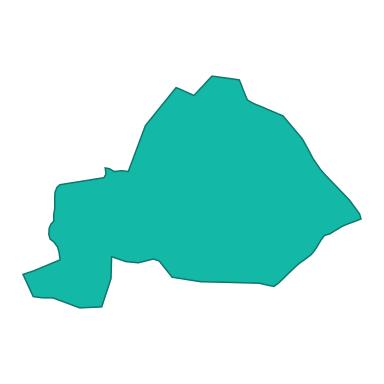 outline of Aroeiras do Itaim, Piauí, Brazil
{"feature_id": "56859067B23103915358992", "entity_name": "Aroeiras do Itaim", "entity_type": "district", "adm_level": 2, "iso_a3": "BRA", "parent_name": "Brazil", "parent_adm1": "Piauí", "projection": "robinson", "projection_center": [-41.534, -7.243], "detail": "fine", "context": "isolated", "style": "filled", "palette": "teal", "viewbox_px": 384, "rotation_deg": 0, "n_neighbors": 0, "source": "geoboundaries", "source_scale": "gbopen_adm2", "svg_char_len": 1306}
<svg xmlns="http://www.w3.org/2000/svg" viewBox="0 0 384 384"><path d="M282.9,115.8L278.0,113.8L266.4,108.9L262.2,107.0L255.9,104.5L252.2,102.8L247.4,100.0L245.7,96.1L243.3,90.2L241.9,86.3L239.3,79.9L232.0,78.8L223.9,77.7L212.0,76.1L206.7,81.7L203.4,85.5L200.2,88.7L194.0,95.5L181.2,89.7L176.1,87.6L169.5,95.7L167.2,98.7L163.6,103.0L153.0,116.2L145.5,125.4L143.1,131.8L141.7,135.5L128.3,171.5L122.1,170.7L114.1,171.5L109.6,168.8L105.2,167.9L106.0,174.1L103.9,177.7L59.9,184.7L56.9,187.5L55.1,192.0L54.7,197.1L54.8,201.8L54.7,208.7L53.7,214.8L53.7,221.2L51.0,224.0L49.2,228.1L48.8,234.5L50.1,239.0L54.1,242.2L57.6,247.1L59.0,251.8L60.1,259.8L34.0,270.7L23.0,274.4L33.2,296.6L42.2,297.8L52.8,297.9L79.8,307.9L94.6,307.2L101.7,306.9L111.0,278.6L111.6,256.7L125.9,261.6L138.3,262.8L153.4,259.0L159.2,261.0L172.1,277.2L200.6,281.7L225.3,282.3L233.1,282.5L258.8,283.2L273.9,286.5L278.8,282.8L282.3,279.5L286.3,275.5L291.6,270.4L295.5,266.7L300.0,262.8L303.4,260.5L307.4,257.5L310.9,254.8L313.6,251.8L316.4,247.8L318.7,243.9L321.6,239.2L324.5,235.4L329.6,234.0L334.2,231.1L337.7,229.1L340.7,227.2L343.8,225.6L349.2,223.4L353.6,221.9L356.9,220.6L361.0,218.9L359.5,213.8L349.3,199.9L325.6,175.3L320.7,169.8L312.8,158.3L309.1,151.0L302.3,138.8L282.9,115.8Z" fill="#14b8a6" stroke="#0f766e" stroke-width="1.5"/></svg>